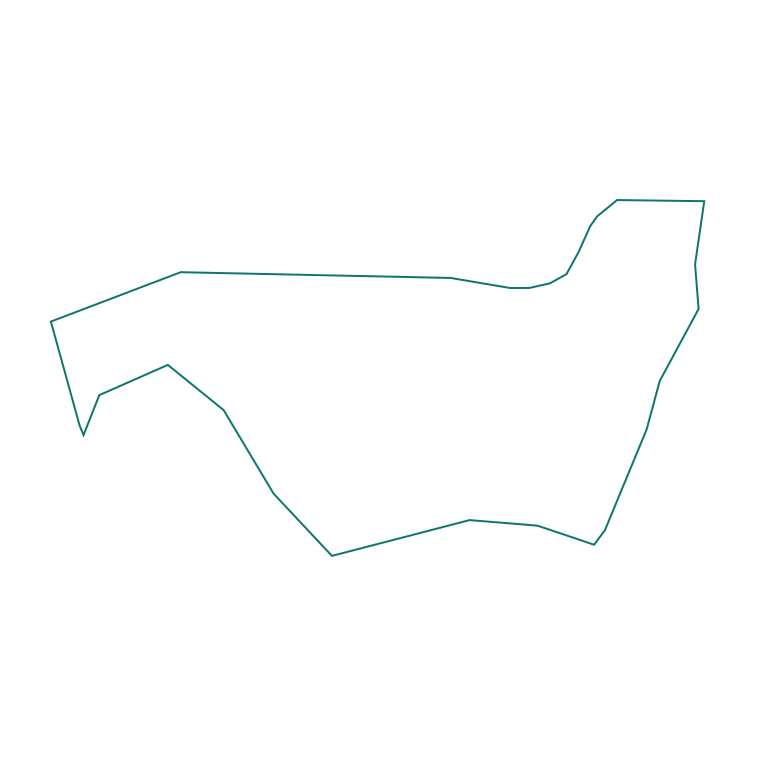 Jezersko, Robinson projection, rotated 177°
{"feature_id": "SVN-237", "entity_name": "Jezersko", "entity_type": "Municipality", "adm_level": 1, "iso_a3": "SVN", "parent_name": "Slovenia", "parent_adm1": "", "projection": "robinson", "projection_center": [14.473, 46.385], "detail": "fine", "context": "isolated", "style": "outline", "palette": "teal", "viewbox_px": 768, "rotation_deg": 177, "n_neighbors": 0, "source": "natural_earth", "source_scale": "10m", "svg_char_len": 499}
<svg xmlns="http://www.w3.org/2000/svg" viewBox="0 0 768 768"><g transform="rotate(177 384 384)"><path d="M598.9,414.4L668.9,387.8L686.7,348.7L690.2,358.7L713.4,463.8L581.2,506.3L312.0,486.4L253.2,473.3L233.8,472.3L212.9,475.9L196.0,484.2L182.9,505.4L169.7,531.0L162.2,540.4L141.6,555.5L54.6,549.8L67.1,487.2L65.9,442.5L108.5,372.6L124.1,324.9L171.0,226.5L182.6,212.5L238.2,234.5L305.7,243.6L445.0,215.1L500.0,280.3L545.5,366.3L598.9,414.4Z" fill="none" stroke="#0f766e" stroke-width="2"/></g></svg>